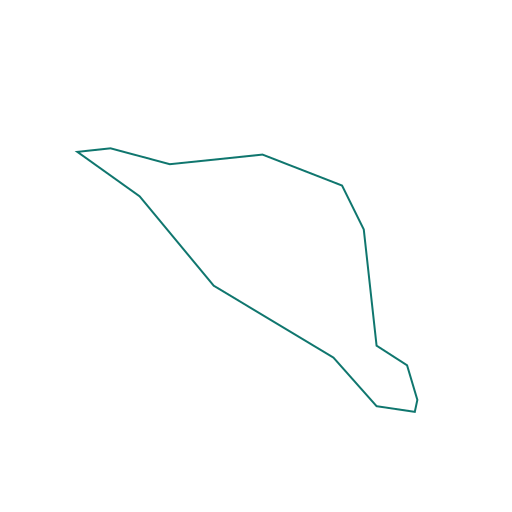 Heard Island and McDonald Islands, Robinson projection, rotated 201°
{"feature_id": "HMD", "entity_name": "Heard Island and McDonald Islands", "entity_type": "country or territory", "adm_level": 0, "iso_a3": "HMD", "parent_name": "Seven seas (open ocean)", "parent_adm1": "", "projection": "robinson", "projection_center": [73.51, -53.075], "detail": "fine", "context": "isolated", "style": "outline", "palette": "teal", "viewbox_px": 512, "rotation_deg": 201, "n_neighbors": 0, "source": "natural_earth", "source_scale": "50m", "svg_char_len": 342}
<svg xmlns="http://www.w3.org/2000/svg" viewBox="0 0 512 512"><g transform="rotate(201 256 256)"><path d="M369.4,310.8L286.3,353.0L200.9,352.6L164.9,319.4L111.3,215.5L75.8,208.1L53.8,179.5L51.9,167.4L89.6,159.0L147.3,188.9L284.8,213.1L386.0,270.0L460.1,289.2L430.4,304.4L369.4,310.8Z" fill="none" stroke="#0f766e" stroke-width="2"/></g></svg>